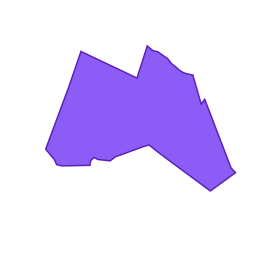 Cordilheira Alta, Santa Catarina, Brazil, rotated 339°
{"feature_id": "56859067B61939757447304", "entity_name": "Cordilheira Alta", "entity_type": "district", "adm_level": 2, "iso_a3": "BRA", "parent_name": "Brazil", "parent_adm1": "Santa Catarina", "projection": "natural_earth1", "projection_center": [-52.641, -26.979], "detail": "fine", "context": "isolated", "style": "filled", "palette": "violet", "viewbox_px": 256, "rotation_deg": 339, "n_neighbors": 0, "source": "geoboundaries", "source_scale": "gbopen_adm2", "svg_char_len": 578}
<svg xmlns="http://www.w3.org/2000/svg" viewBox="0 0 256 256"><g transform="rotate(339 128 128)"><path d="M212.4,208.2L209.9,202.3L209.9,128.7L204.9,131.9L207.5,101.7L204.1,99.7L199.6,96.3L196.6,92.4L194.7,88.5L191.5,83.2L189.9,77.5L186.9,73.1L183.1,67.5L178.8,64.5L175.4,58.3L154.3,84.6L111.5,39.7L87.4,68.5L43.6,118.2L45.7,124.8L47.9,130.8L48.3,136.7L52.7,139.7L79.0,149.2L81.6,145.0L85.8,143.4L88.7,146.7L93.6,149.2L99.6,152.3L105.7,150.4L135.9,150.9L141.6,151.4L147.3,161.2L156.8,176.3L182.3,216.3L212.4,208.2Z" fill="#8b5cf6" stroke="#5b21b6" stroke-width="1.5"/></g></svg>